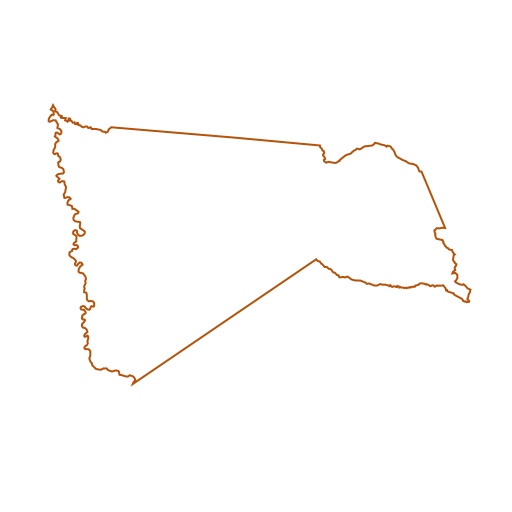 the district of Loncopué, Neuquén, Argentina, rotated 184°
{"feature_id": "61730980B52932124932957", "entity_name": "Loncopué", "entity_type": "district", "adm_level": 2, "iso_a3": "ARG", "parent_name": "Argentina", "parent_adm1": "Neuquén", "projection": "robinson", "projection_center": [-70.351, -38.002], "detail": "fine", "context": "isolated", "style": "outline", "palette": "amber", "viewbox_px": 512, "rotation_deg": 184, "n_neighbors": 0, "source": "geoboundaries", "source_scale": "gbopen_adm2", "svg_char_len": 6064}
<svg xmlns="http://www.w3.org/2000/svg" viewBox="0 0 512 512"><g transform="rotate(184 256 256)"><path d="M40.3,225.2L40.1,226.0L41.9,227.4L42.2,228.1L41.6,229.2L41.1,232.9L40.2,234.4L39.7,237.4L42.6,238.4L45.6,241.4L47.1,242.3L47.8,241.6L50.8,241.9L54.8,243.6L55.7,244.6L54.5,246.0L53.5,248.1L53.9,251.3L56.1,253.1L58.9,252.3L58.2,254.3L56.3,255.8L57.0,257.7L56.7,259.1L56.2,259.4L56.1,260.1L55.4,261.3L55.4,261.7L57.0,262.7L57.5,263.9L58.3,264.3L59.2,265.9L58.9,270.5L57.8,271.4L59.9,273.4L60.9,275.6L63.9,276.0L65.0,277.2L66.6,277.7L67.2,278.8L68.4,279.5L69.0,281.0L70.3,282.5L70.1,283.4L71.1,284.9L77.1,285.8L78.1,287.4L78.8,289.8L78.5,290.3L79.8,293.4L79.8,294.1L78.8,294.7L78.1,296.0L77.4,296.4L75.3,296.3L71.9,297.2L69.3,297.1L96.8,351.8L98.3,351.6L99.0,352.0L100.6,355.5L102.7,357.7L105.6,358.7L109.9,359.1L113.6,361.2L115.9,361.8L122.2,364.7L124.1,366.9L124.9,369.0L126.6,371.7L128.0,372.7L129.1,374.3L130.3,374.9L132.5,375.2L133.4,374.9L133.5,374.3L135.6,375.5L139.2,375.9L141.9,376.8L145.4,377.1L145.8,376.0L147.9,374.3L155.4,372.9L159.8,369.6L162.5,370.2L163.3,369.7L163.9,368.9L165.9,367.8L168.9,364.6L172.2,363.4L174.3,362.1L179.2,357.5L179.3,356.7L179.8,356.7L182.2,354.7L184.0,354.3L190.3,355.0L192.5,354.0L194.8,355.5L195.0,356.6L193.8,357.7L194.4,359.2L196.1,361.0L196.2,361.8L195.0,363.5L195.9,365.6L197.0,365.8L197.8,367.5L199.7,369.2L199.9,370.7L286.1,372.6L409.3,374.3L411.8,372.0L412.3,369.9L414.5,368.5L415.5,369.4L417.9,369.4L419.8,370.9L424.8,371.6L428.8,371.2L430.0,372.9L431.7,372.0L432.6,372.2L433.3,373.3L435.4,373.3L437.0,372.3L438.8,372.7L440.0,373.9L442.5,374.3L442.8,374.7L442.5,375.5L442.8,376.2L443.7,376.4L444.4,375.0L445.0,374.8L445.8,375.1L446.1,376.5L446.5,376.7L447.9,376.1L448.2,376.3L449.5,377.9L450.9,379.0L451.1,380.0L451.7,380.2L452.5,380.1L452.7,379.6L451.9,377.9L452.9,377.7L453.4,376.9L454.6,377.8L455.9,378.0L455.4,380.3L460.1,380.2L460.4,380.7L459.4,381.6L459.6,382.1L462.2,382.6L464.4,385.7L465.9,386.1L466.4,387.0L466.2,388.5L467.7,390.4L468.6,390.8L468.6,391.7L469.0,392.3L469.9,389.7L471.0,387.8L468.2,386.2L467.6,383.0L468.1,382.5L469.7,382.6L471.2,380.6L472.3,378.2L472.2,375.9L471.1,375.5L467.9,377.3L465.4,377.3L462.7,373.4L463.1,369.9L460.3,368.8L458.8,367.0L458.9,364.8L459.8,363.7L460.4,363.6L462.9,365.2L463.9,365.2L464.5,364.7L464.5,362.5L465.0,361.1L462.5,359.7L461.3,358.2L461.0,357.0L463.2,355.5L464.2,353.6L463.9,352.4L464.2,349.9L465.3,347.7L465.5,344.9L464.8,343.9L463.7,343.5L462.4,344.5L461.1,344.5L460.6,343.8L460.6,342.7L459.8,341.7L458.3,340.8L457.5,338.3L458.4,336.3L459.4,336.1L459.9,335.2L459.2,332.2L458.5,331.0L455.7,330.3L454.3,329.3L453.4,326.2L454.3,324.8L458.0,324.2L459.5,323.6L460.8,322.3L460.7,321.9L457.4,319.2L458.8,317.3L458.4,316.1L457.0,315.6L454.6,317.2L452.5,317.0L451.7,313.8L450.3,311.7L450.8,306.5L452.1,303.8L451.3,300.7L450.8,300.5L448.6,301.4L446.6,301.6L444.9,300.3L445.1,299.7L446.3,299.1L447.4,297.6L447.8,295.9L447.6,294.1L443.8,293.3L443.1,292.9L442.4,290.2L441.1,290.5L439.7,290.0L436.1,287.7L436.4,286.3L439.2,285.1L439.9,284.4L440.9,281.2L440.4,279.2L438.8,278.0L433.9,277.5L433.6,276.5L433.9,273.4L433.5,271.5L428.8,268.8L428.4,268.2L428.5,266.5L429.4,265.2L430.6,264.3L433.2,263.7L434.9,264.8L436.2,266.9L436.2,268.3L436.8,269.0L438.3,269.2L439.9,267.8L440.1,266.0L439.8,265.2L436.8,263.6L436.4,262.8L436.4,257.9L438.3,256.5L438.8,255.7L438.8,254.8L437.9,254.2L435.3,254.3L434.4,253.4L434.1,252.4L434.6,251.4L435.8,250.3L437.3,250.6L439.3,250.2L439.7,249.7L439.8,248.2L442.2,246.8L442.4,244.7L442.1,243.7L441.0,242.5L437.7,240.9L435.7,239.2L435.2,237.8L436.1,235.4L435.6,234.3L434.7,233.9L433.6,234.1L432.8,235.9L431.4,237.2L430.0,237.2L428.6,235.9L428.4,235.2L429.6,234.4L431.0,232.5L431.9,230.6L432.0,228.9L431.9,228.0L431.2,227.2L427.3,226.6L424.7,223.5L424.0,221.1L424.7,219.2L424.0,217.1L425.3,213.8L425.3,213.2L424.6,211.6L425.0,210.3L424.9,207.9L422.7,207.5L422.1,205.7L421.8,201.6L421.1,200.1L419.4,199.1L417.4,199.7L415.2,199.2L414.0,197.4L414.0,194.6L414.7,194.1L416.6,194.5L417.3,193.6L417.9,191.3L418.5,190.8L419.9,190.8L422.3,192.2L423.3,193.6L425.0,194.1L426.9,193.1L427.4,192.3L427.3,191.5L426.7,190.5L423.5,190.1L422.0,187.9L422.1,186.7L423.5,186.1L425.2,184.5L424.9,183.6L425.4,182.2L425.2,181.3L424.2,180.6L422.8,180.7L422.0,180.1L422.7,178.4L424.8,175.9L424.8,174.0L423.6,172.5L421.9,172.3L420.5,171.5L419.2,169.7L418.9,168.3L421.2,166.3L421.8,164.3L421.5,163.6L420.3,163.6L418.5,164.8L417.8,164.1L417.6,162.5L418.2,159.0L417.7,157.1L418.4,155.4L420.4,153.8L420.8,152.5L420.6,151.7L419.5,151.2L416.4,151.3L414.7,149.6L414.3,145.0L415.1,142.5L414.8,141.3L413.5,138.6L412.2,137.6L411.7,135.5L407.6,132.1L403.7,131.7L402.5,131.8L400.5,133.2L397.1,133.4L395.5,131.8L391.6,130.7L388.0,132.1L385.4,131.8L384.7,131.1L383.9,128.0L383.5,127.9L382.0,127.9L377.6,126.8L375.4,126.8L373.7,128.2L371.8,127.8L370.3,127.3L369.0,126.2L367.8,124.1L367.9,123.5L369.5,121.2L370.0,119.7L195.7,256.9L194.1,255.3L191.9,254.9L190.5,253.0L189.4,252.5L186.7,249.8L184.6,250.0L182.5,248.3L181.0,248.2L179.9,247.6L177.9,245.1L176.0,244.7L174.1,242.8L172.3,242.5L171.8,241.0L170.9,240.5L167.2,241.2L165.7,240.8L163.2,241.9L159.5,239.5L158.0,239.0L155.6,238.5L150.3,238.8L144.7,237.0L143.4,235.9L141.3,236.5L136.0,234.8L133.0,235.0L130.1,236.7L127.6,236.1L126.7,236.4L124.8,236.4L121.4,235.6L120.5,236.1L120.5,235.4L119.5,235.8L118.5,234.8L117.6,234.7L116.8,235.3L115.5,235.4L113.3,234.7L112.8,235.0L112.8,235.9L110.7,235.4L110.6,234.8L110.1,235.2L108.8,234.6L107.0,234.8L105.8,234.3L104.2,234.9L103.5,234.4L101.7,235.3L101.2,235.0L100.3,235.7L99.6,235.8L99.2,235.4L97.5,236.4L96.1,236.2L95.1,236.7L95.1,237.5L91.7,238.7L91.1,239.7L89.6,240.3L86.5,240.2L85.5,239.6L84.2,239.8L83.9,239.3L82.6,239.6L80.4,238.2L79.7,238.1L78.0,239.1L77.2,239.1L76.1,238.5L75.8,237.9L74.6,238.3L73.8,239.2L72.0,238.9L70.9,239.4L69.8,239.2L67.2,239.8L64.6,236.9L64.0,235.0L63.0,235.2L62.9,234.4L62.1,233.9L56.2,232.5L56.1,231.7L54.5,230.7L48.0,227.8L46.7,226.7L46.6,226.0L46.2,225.6L44.5,225.0L43.8,225.4L42.7,224.6L40.3,225.2Z" fill="none" stroke="#b45309" stroke-width="2"/></g></svg>